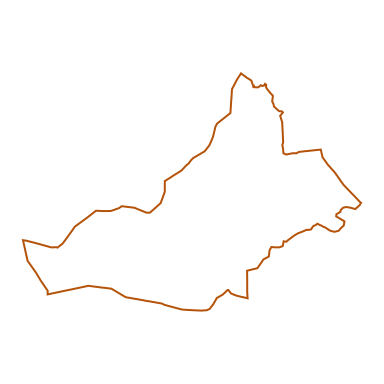 the district of Al Ma'afer, Ta`izz, Yemen
{"feature_id": "15242507B70536042027816", "entity_name": "Al Ma'afer", "entity_type": "district", "adm_level": 2, "iso_a3": "YEM", "parent_name": "Yemen", "parent_adm1": "Ta`izz", "projection": "natural_earth1", "projection_center": [43.973, 13.376], "detail": "fine", "context": "isolated", "style": "outline", "palette": "amber", "viewbox_px": 384, "rotation_deg": 0, "n_neighbors": 0, "source": "geoboundaries", "source_scale": "gbopen_adm2", "svg_char_len": 3636}
<svg xmlns="http://www.w3.org/2000/svg" viewBox="0 0 384 384"><path d="M47.6,294.4L48.1,294.3L65.1,290.7L67.0,290.3L69.2,289.9L84.3,286.7L88.3,285.8L102.9,287.7L104.4,287.8L111.4,288.7L125.7,297.2L140.7,299.8L147.6,301.1L149.2,301.3L158.8,303.0L161.7,303.5L164.6,304.9L174.3,307.5L178.4,308.6L181.2,309.3L182.1,309.6L184.2,309.7L185.5,309.8L192.6,310.2L201.3,310.6L207.0,310.2L207.5,309.9L209.7,308.9L211.8,306.1L213.1,304.5L215.3,300.7L216.9,297.9L222.6,294.7L226.2,291.4L227.5,290.0L228.3,290.0L230.2,292.4L231.0,293.5L236.3,295.6L239.5,296.4L241.5,296.9L242.3,297.0L247.6,298.3L247.5,297.0L247.2,291.8L247.2,281.2L247.2,279.9L247.2,279.2L247.1,274.3L247.1,270.7L257.4,268.2L261.8,261.9L262.3,261.1L263.5,259.4L268.8,256.5L269.6,250.2L271.4,247.0L274.4,247.3L279.5,247.3L282.7,246.1L282.9,245.3L283.7,241.3L285.6,241.6L286.4,241.7L288.5,239.8L290.8,238.1L293.4,236.1L297.8,233.4L299.1,232.9L300.9,232.2L301.2,232.1L302.7,231.5L305.0,230.5L306.4,229.9L308.5,229.9L310.1,229.6L311.2,229.3L312.5,227.1L313.7,225.8L315.3,225.3L317.4,223.7L319.7,225.0L321.3,225.5L323.3,226.8L324.6,227.1L325.0,227.4L326.8,228.5L327.3,228.9L330.0,230.6L330.6,230.8L333.8,231.7L334.5,231.8L338.6,230.8L338.8,230.6L340.9,228.1L343.7,225.6L344.5,221.4L336.2,216.4L336.4,214.2L340.4,211.9L340.6,210.2L343.0,207.8L343.2,207.7L346.2,207.0L348.1,207.3L348.7,207.4L351.0,207.8L355.2,209.1L359.7,205.1L361.0,202.8L360.7,202.7L360.3,202.3L356.3,198.1L354.8,196.5L352.5,194.2L350.6,192.2L349.0,190.5L348.7,190.2L345.2,186.6L344.9,186.2L343.4,184.7L340.7,180.9L338.4,177.5L335.1,172.9L334.7,172.4L334.4,172.0L332.4,169.8L330.5,167.7L330.2,167.3L327.7,164.5L327.2,163.8L325.3,161.1L325.2,161.0L322.5,157.2L320.8,149.6L315.7,150.1L314.7,150.2L312.3,150.5L310.2,150.7L307.3,151.0L305.1,151.2L304.6,151.2L304.3,151.3L299.3,151.9L298.5,152.1L296.5,153.3L293.1,153.2L291.2,153.5L290.0,153.8L287.5,154.2L287.4,154.3L286.2,154.5L285.3,154.1L285.0,154.0L283.4,153.2L283.2,150.7L283.1,149.1L283.1,148.9L282.3,145.1L283.1,142.7L283.1,141.7L283.1,140.8L282.8,135.0L282.8,134.2L282.8,133.7L282.5,128.5L282.4,127.0L282.2,122.3L282.2,122.2L281.9,121.4L280.8,117.8L280.2,115.8L282.9,112.4L282.0,111.4L279.0,111.1L274.0,106.5L273.4,103.7L272.2,101.6L272.9,95.8L272.8,95.6L270.4,93.1L267.5,89.5L266.1,87.5L266.1,87.0L266.1,86.5L266.1,85.9L266.1,85.0L266.1,84.6L264.9,83.9L264.1,85.5L262.3,86.0L260.8,85.2L260.0,85.9L258.9,86.9L257.9,87.4L254.2,87.2L254.2,86.5L254.1,86.3L253.7,86.9L253.3,86.8L253.4,86.5L251.3,80.5L250.8,80.2L247.8,78.3L247.2,78.0L241.0,73.4L237.1,79.4L233.8,85.8L233.6,86.1L233.2,86.9L232.8,87.6L232.5,88.2L232.0,89.2L231.8,91.7L231.7,94.1L231.4,98.5L231.1,102.3L230.9,105.4L230.8,107.5L230.4,113.1L230.1,113.3L221.5,120.1L217.1,123.6L215.4,126.8L213.1,136.5L211.0,141.7L209.3,145.4L204.7,151.3L204.4,151.5L204.0,151.7L203.2,152.2L203.0,152.3L202.3,152.7L199.3,154.5L198.4,155.0L197.8,155.3L197.4,155.6L196.6,156.0L196.4,156.2L193.1,158.1L191.7,159.6L191.3,160.0L191.1,160.1L188.5,163.6L186.2,165.4L186.2,165.5L181.4,170.6L181.1,170.7L180.4,171.2L176.3,173.8L176.1,173.9L174.1,175.1L170.3,177.6L166.4,180.1L164.8,181.1L164.8,181.3L164.8,186.6L164.8,191.6L164.6,192.3L162.3,198.7L161.4,201.0L160.7,203.1L149.9,212.7L146.5,212.7L134.9,208.0L134.8,207.8L121.8,206.2L119.0,208.1L118.3,208.4L116.8,208.9L115.8,209.2L115.5,209.3L114.9,209.6L110.7,211.0L103.2,211.1L100.1,210.9L97.2,210.8L95.9,210.8L88.0,217.0L74.8,226.7L71.9,230.9L71.6,231.3L65.4,239.9L62.5,243.7L57.5,247.6L57.1,247.5L56.3,247.2L51.3,247.4L35.0,242.9L26.4,240.7L23.0,240.2L27.6,260.9L28.4,262.0L35.9,272.5L38.0,276.0L40.6,280.4L47.7,290.8L47.6,294.4Z" fill="none" stroke="#b45309" stroke-width="2"/></svg>